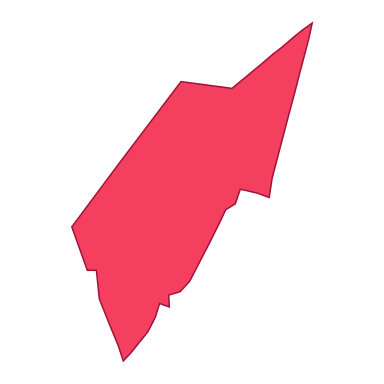 the district of Satuba, Alagoas, Brazil
{"feature_id": "56859067B47220314031671", "entity_name": "Satuba", "entity_type": "district", "adm_level": 2, "iso_a3": "BRA", "parent_name": "Brazil", "parent_adm1": "Alagoas", "projection": "equal_earth", "projection_center": [-35.836, -9.579], "detail": "fine", "context": "isolated", "style": "filled", "palette": "rose", "viewbox_px": 384, "rotation_deg": 0, "n_neighbors": 0, "source": "geoboundaries", "source_scale": "gbopen_adm2", "svg_char_len": 620}
<svg xmlns="http://www.w3.org/2000/svg" viewBox="0 0 384 384"><path d="M312.2,23.0L301.8,30.5L293.0,37.7L281.2,47.8L273.1,54.0L261.3,64.1L232.0,88.4L181.0,81.6L118.7,163.9L71.8,226.9L87.3,270.3L96.4,270.3L99.3,298.9L109.0,323.2L118.3,345.8L123.3,361.0L131.3,352.4L139.9,341.7L147.9,331.8L155.4,317.1L159.6,303.5L169.3,307.0L168.8,295.1L180.2,291.6L189.8,281.1L196.5,268.1L203.5,254.5L208.9,244.2L213.9,234.1L219.5,222.9L225.8,209.6L235.3,203.9L240.3,189.2L257.1,193.1L269.2,197.5L272.1,178.4L277.2,158.9L288.9,114.3L295.1,91.3L299.3,74.8L308.9,38.4L312.2,23.0Z" fill="#f43f5e" stroke="#9f1239" stroke-width="1.5"/></svg>